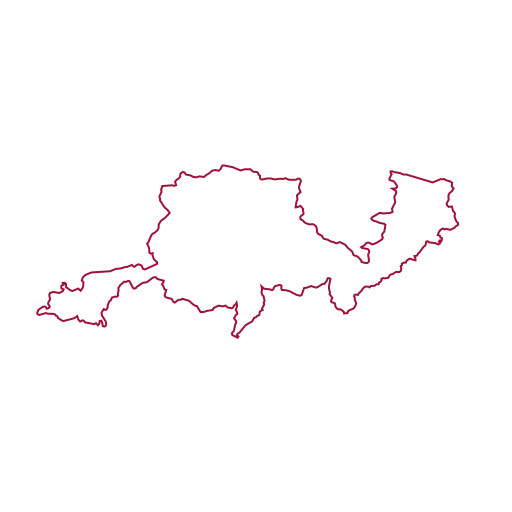 the district of Conceição do Mato Dentro, Minas Gerais, Brazil, rotated 124°
{"feature_id": "56859067B89792932803037", "entity_name": "Conceição do Mato Dentro", "entity_type": "district", "adm_level": 2, "iso_a3": "BRA", "parent_name": "Brazil", "parent_adm1": "Minas Gerais", "projection": "mercator", "projection_center": [-43.489, -18.933], "detail": "fine", "context": "isolated", "style": "outline", "palette": "rose", "viewbox_px": 512, "rotation_deg": 124, "n_neighbors": 0, "source": "geoboundaries", "source_scale": "gbopen_adm2", "svg_char_len": 6153}
<svg xmlns="http://www.w3.org/2000/svg" viewBox="0 0 512 512"><g transform="rotate(124 256 256)"><path d="M251.3,168.8L252.1,167.3L251.4,165.9L251.2,164.0L253.6,161.7L254.2,159.8L254.3,157.8L253.1,156.5L252.9,155.1L253.2,152.1L254.4,150.9L252.2,148.2L250.6,148.8L248.9,148.3L244.8,145.7L240.8,145.9L239.1,146.5L237.0,149.7L235.2,150.7L234.7,152.1L233.3,152.6L232.0,151.5L231.3,149.7L229.8,149.9L225.1,149.0L223.6,149.3L220.4,148.5L218.6,145.7L218.5,144.3L216.7,144.0L214.2,140.9L212.2,140.3L210.7,138.5L209.3,139.2L207.8,138.3L205.9,138.3L204.8,139.3L203.2,138.3L202.7,136.9L200.0,134.1L197.3,134.4L195.7,133.7L194.3,132.5L190.9,131.0L189.0,128.1L187.2,127.6L185.1,128.6L183.6,130.3L182.0,129.8L180.9,130.8L179.0,129.9L177.8,128.1L175.7,128.5L172.4,127.3L170.4,121.4L168.9,122.4L167.5,124.6L165.5,122.7L163.2,123.1L161.4,122.4L155.3,122.3L152.2,121.5L149.0,122.9L147.8,122.1L147.9,120.1L145.1,114.6L144.5,111.3L142.9,110.5L141.0,110.7L141.8,112.3L140.5,112.5L139.1,110.9L137.2,111.7L137.4,113.6L136.4,114.9L137.0,117.0L134.0,117.8L131.0,117.6L128.7,116.4L128.5,114.6L127.1,113.4L125.7,109.6L121.6,107.2L119.7,107.0L117.0,105.8L115.6,107.0L115.3,109.2L113.3,112.1L111.9,113.8L109.9,114.5L108.9,115.8L108.5,117.8L105.4,121.3L107.5,123.7L107.2,125.9L106.0,127.3L101.6,127.7L99.1,129.8L97.2,130.6L95.4,130.7L92.7,129.8L89.5,130.0L88.7,132.8L85.7,134.2L85.6,136.7L87.0,141.2L86.9,143.0L88.0,144.0L88.8,145.7L96.2,150.7L104.4,176.9L106.1,179.4L106.6,182.7L109.1,188.2L109.5,190.1L110.6,191.7L111.8,190.9L112.3,189.3L117.3,188.7L118.3,187.6L117.2,184.3L117.3,182.4L118.8,178.6L120.5,177.5L121.9,178.0L123.9,180.6L123.9,176.2L125.4,174.9L129.8,174.4L133.0,171.0L134.8,170.4L140.7,169.7L143.1,167.4L145.5,169.1L150.0,174.9L150.3,176.4L151.5,177.8L158.8,181.3L160.5,181.4L161.1,179.9L160.9,177.7L160.0,175.5L159.6,172.5L157.6,167.7L157.8,166.1L164.0,163.3L167.3,163.6L168.8,162.7L169.8,161.1L171.7,160.8L176.7,162.9L180.3,165.1L181.6,166.5L181.6,169.0L182.4,170.8L183.7,171.9L186.6,172.1L189.8,173.8L190.0,172.4L187.7,167.2L188.0,165.8L189.1,164.4L192.0,163.9L196.7,159.7L198.2,159.3L199.8,160.0L201.2,162.7L201.9,165.4L200.9,166.1L199.6,171.3L200.7,175.6L198.5,178.9L197.9,184.6L196.8,187.9L196.9,189.7L197.6,194.3L200.6,196.5L201.2,200.0L202.1,201.9L202.4,205.8L203.7,209.0L203.5,210.9L202.4,212.2L202.9,217.0L202.2,218.5L198.6,221.6L197.8,223.0L197.6,225.1L198.1,227.3L199.7,228.8L200.8,232.3L201.0,234.6L200.4,236.4L200.6,239.6L199.2,241.0L197.7,241.1L195.0,240.1L193.8,240.6L191.8,242.7L190.6,243.3L189.6,247.3L192.4,249.0L193.5,250.4L188.4,252.8L185.8,253.3L182.8,256.0L178.0,254.8L175.9,258.1L174.4,259.1L168.7,260.7L167.7,262.2L167.8,263.7L168.6,264.7L170.3,265.3L173.5,269.9L174.4,271.6L175.1,275.2L176.8,276.4L178.6,279.4L182.0,283.2L183.3,286.8L185.4,290.0L189.3,293.8L189.7,295.3L188.6,296.8L187.2,297.5L187.2,299.3L186.0,300.7L185.9,302.2L187.7,305.5L187.2,309.1L190.4,313.9L193.7,316.6L195.4,325.0L198.7,332.9L199.8,334.5L203.9,334.0L206.2,334.6L207.5,337.8L209.8,340.1L213.3,340.9L216.6,342.5L219.5,343.3L221.8,347.7L224.2,349.5L225.6,352.4L225.7,355.0L227.6,359.6L226.8,362.1L227.2,363.7L230.0,364.7L232.9,363.2L234.9,363.4L237.6,364.5L239.7,364.6L242.0,361.8L243.5,363.0L244.3,365.1L250.4,372.8L254.2,371.7L255.5,370.2L260.2,369.5L261.4,368.8L262.0,367.5L263.5,366.8L266.8,359.0L267.3,354.8L268.6,351.6L275.3,352.8L280.1,354.5L284.2,354.3L287.7,352.2L290.0,352.2L293.4,353.0L295.2,354.1L297.3,354.4L305.0,352.9L306.6,353.2L309.2,349.0L312.9,346.2L312.9,344.6L311.5,343.2L313.2,342.3L315.8,338.8L316.5,334.4L317.8,333.6L329.2,340.5L329.8,342.6L327.9,345.6L328.5,348.6L330.0,349.8L333.0,350.8L333.2,352.2L332.7,353.8L337.2,356.8L338.1,358.1L342.4,361.6L345.1,365.0L350.2,368.4L361.4,382.9L362.8,384.0L367.0,386.8L370.3,387.6L373.8,386.7L374.2,384.5L377.4,382.5L379.3,381.9L382.9,382.0L382.4,385.2L387.7,388.6L388.2,390.7L388.0,396.0L385.4,397.9L385.1,399.6L386.3,401.1L387.2,399.4L388.5,400.4L390.0,400.6L391.7,399.1L391.2,396.8L393.3,396.6L396.6,398.3L399.2,404.0L401.8,406.1L403.8,405.7L407.2,402.4L410.4,402.3L412.0,401.5L413.2,398.7L414.8,398.6L416.7,399.9L415.8,401.8L416.2,403.3L417.5,404.4L422.1,406.2L425.4,405.7L426.4,404.5L426.1,402.7L420.8,398.3L420.3,396.4L417.3,391.6L416.8,390.0L417.3,388.5L417.0,387.1L418.1,385.6L418.0,380.8L417.6,379.3L409.4,372.0L405.8,370.6L408.0,367.8L408.7,365.1L406.2,363.7L406.1,362.1L406.7,360.8L403.0,352.1L401.2,351.1L401.8,348.3L399.7,348.1L397.3,349.2L396.2,348.1L397.1,346.4L399.8,343.8L399.4,342.4L398.1,341.6L396.5,341.9L395.4,342.8L394.1,344.4L391.5,350.4L389.8,352.1L388.0,352.5L385.1,352.5L385.0,350.7L383.9,349.9L381.1,350.4L379.9,351.4L375.5,352.2L373.5,351.6L371.1,352.2L368.5,350.2L367.5,348.5L365.9,348.2L364.6,349.4L361.1,350.8L359.6,352.2L356.1,352.3L351.1,351.0L350.0,349.1L348.2,348.2L347.6,346.8L351.2,340.4L351.1,338.6L349.8,337.7L348.0,337.5L341.4,334.8L338.8,331.8L331.9,329.5L330.5,328.5L329.6,327.1L330.2,324.9L328.1,318.7L329.2,318.1L332.1,318.2L332.7,316.2L334.8,313.2L334.3,311.4L339.8,309.7L340.6,308.4L340.4,306.7L338.7,301.8L340.2,299.0L340.0,297.2L336.9,296.3L335.4,295.4L334.1,293.7L332.6,293.0L330.6,286.5L331.3,281.0L331.2,278.7L330.6,277.0L333.5,270.6L331.3,267.7L328.6,265.7L325.8,262.5L324.8,261.7L323.1,262.1L318.2,259.4L316.4,255.4L314.2,253.6L314.5,250.9L312.9,246.8L311.5,246.2L309.4,246.5L307.4,245.9L305.6,246.0L308.1,243.6L311.9,242.7L313.2,240.2L314.5,239.1L315.9,239.7L319.9,239.4L321.0,236.2L322.5,235.0L324.2,235.0L330.3,232.5L333.6,232.8L334.8,231.3L334.0,225.5L332.5,225.6L332.5,227.4L331.2,227.9L328.4,226.8L319.2,226.0L312.4,222.6L308.4,223.0L306.8,221.8L305.0,221.5L303.2,220.3L299.8,221.8L297.0,220.3L296.4,221.6L291.6,222.1L290.3,223.6L288.5,223.7L285.1,227.3L284.7,229.0L283.2,231.0L280.0,232.5L278.1,234.4L278.6,231.0L275.7,225.4L275.4,223.6L273.9,223.0L272.3,223.5L270.4,223.4L266.6,220.1L266.3,218.4L268.9,216.7L269.7,215.6L267.6,211.9L266.4,208.3L265.6,201.0L264.3,197.2L262.8,196.4L255.7,198.2L254.1,196.4L250.1,193.5L248.7,188.7L247.5,187.6L242.3,185.3L240.6,183.6L237.1,183.5L234.4,184.1L233.4,182.8L233.4,181.4L240.3,178.6L242.1,177.4L245.2,174.0L246.5,173.7L248.0,169.3L251.3,168.8Z" fill="none" stroke="#9f1239" stroke-width="2"/></g></svg>